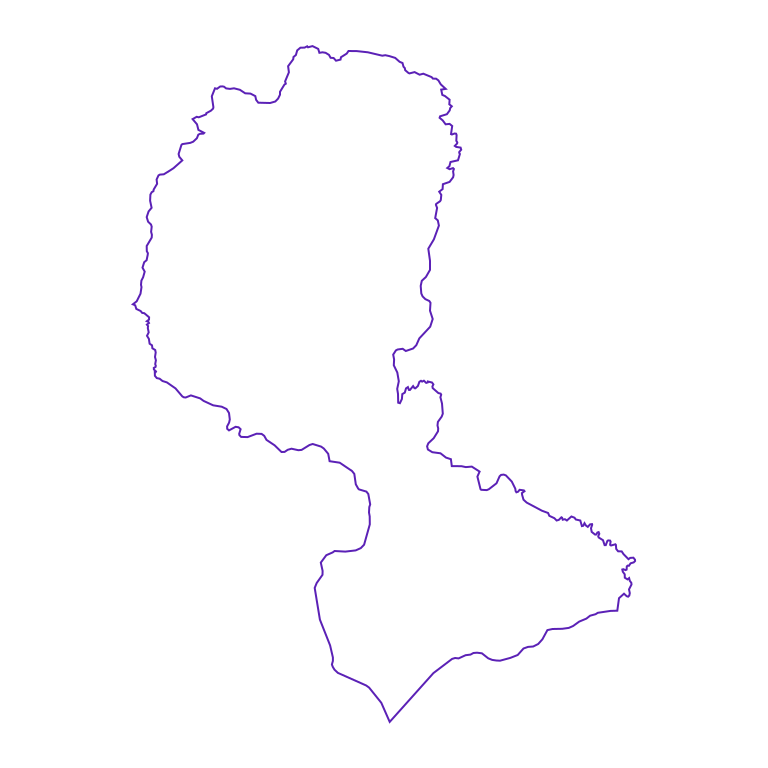 Same, Manufahi, East Timor (Mercator projection)
{"feature_id": "22284137B41872156490215", "entity_name": "Same", "entity_type": "district", "adm_level": 2, "iso_a3": "TLS", "parent_name": "East Timor", "parent_adm1": "Manufahi", "projection": "mercator", "projection_center": [125.715, -9.045], "detail": "fine", "context": "isolated", "style": "outline", "palette": "violet", "viewbox_px": 768, "rotation_deg": 0, "n_neighbors": 0, "source": "geoboundaries", "source_scale": "gbopen_adm2", "svg_char_len": 6058}
<svg xmlns="http://www.w3.org/2000/svg" viewBox="0 0 768 768"><path d="M429.3,301.0L425.3,299.1L422.6,296.4L421.3,293.5L420.7,285.9L421.8,280.8L425.9,277.0L430.0,269.9L430.0,260.8L428.3,248.7L433.9,239.3L438.9,225.6L437.8,220.4L435.2,218.1L437.1,207.9L435.9,204.8L436.2,203.9L440.1,201.2L440.8,200.0L441.3,194.9L439.2,191.7L442.6,189.1L442.9,184.2L449.6,181.9L453.1,177.3L453.6,175.0L453.1,171.4L453.9,169.0L453.0,168.1L449.6,169.2L447.3,168.0L449.4,166.2L450.5,162.0L458.0,160.3L459.9,154.0L459.2,152.8L459.3,151.9L461.2,149.7L460.6,147.6L456.2,146.9L454.8,145.9L457.1,143.5L457.3,142.4L456.3,140.8L456.6,135.1L456.1,133.7L454.6,133.5L451.9,134.5L451.0,134.1L452.2,126.0L449.6,123.9L445.6,124.3L442.7,120.4L439.6,117.8L440.1,116.3L446.9,114.2L449.7,110.4L450.2,108.1L451.8,106.3L449.3,104.3L449.6,99.7L444.9,96.0L442.3,94.9L441.2,89.6L445.7,88.9L440.8,84.4L438.4,80.4L436.1,78.7L432.9,78.6L431.6,77.1L423.3,73.7L419.6,74.7L414.6,72.1L409.5,73.4L408.5,73.0L405.2,70.2L404.8,68.1L403.5,66.7L402.5,63.0L399.6,61.8L395.2,57.9L389.4,56.1L385.3,55.2L382.3,55.7L367.9,52.3L356.8,51.1L348.5,51.0L346.7,53.6L341.0,57.2L340.5,59.6L336.0,60.7L333.6,58.0L330.6,57.8L329.0,54.9L325.6,52.8L322.5,52.3L319.4,52.8L318.2,48.9L312.5,46.1L308.0,47.3L307.2,46.3L304.6,47.6L300.4,47.7L297.2,50.4L295.9,55.0L293.5,57.0L293.2,59.3L288.1,66.2L288.9,72.3L285.1,81.4L285.8,83.7L284.4,84.6L280.0,91.8L280.0,94.7L278.1,98.6L275.3,101.5L270.1,103.0L258.3,102.7L256.1,99.8L255.3,96.1L250.5,93.6L245.2,93.3L239.9,89.8L234.0,88.3L230.0,88.9L226.1,88.4L224.0,86.7L222.5,86.4L220.2,86.5L217.0,88.8L215.0,88.3L211.8,96.3L213.4,107.2L213.1,108.6L210.9,110.7L206.3,113.2L206.1,114.4L198.8,117.3L196.7,116.8L192.6,119.1L197.0,124.3L198.4,129.9L204.2,132.9L203.5,133.6L200.0,133.8L198.3,134.7L196.9,138.2L193.2,141.7L190.2,142.9L182.3,144.1L181.4,145.0L178.6,154.0L179.3,156.8L182.3,160.4L173.5,168.2L169.8,170.6L163.8,174.3L159.9,174.6L158.5,175.4L156.6,179.5L157.1,183.8L153.7,189.5L153.4,191.2L151.7,192.2L150.4,194.6L150.1,200.7L151.6,207.8L148.6,211.4L146.7,217.1L148.1,221.7L151.0,224.5L151.7,226.7L151.1,231.8L151.9,234.8L151.7,237.6L146.7,246.0L146.8,251.2L147.9,253.2L147.7,254.9L146.6,260.2L144.2,262.2L142.5,267.7L144.7,271.6L143.1,277.3L141.4,280.6L141.0,284.8L141.5,287.1L140.5,293.7L136.7,301.3L132.9,304.3L135.2,305.3L136.3,308.9L140.6,311.0L142.2,312.9L144.3,313.2L149.1,317.3L149.0,319.6L146.9,321.2L148.3,321.8L149.0,323.0L146.9,324.6L148.1,326.1L147.8,328.0L148.7,332.4L147.0,335.8L148.9,338.9L149.6,343.7L152.0,345.3L152.4,348.3L155.2,350.0L155.7,352.5L155.0,357.0L155.9,360.3L155.2,364.1L155.8,365.8L155.5,367.0L153.8,367.9L153.9,369.5L156.0,371.5L155.6,372.2L154.8,372.1L154.9,375.8L156.8,378.1L159.6,378.7L162.5,381.0L166.9,382.4L175.5,388.4L182.3,396.4L183.8,397.3L185.7,397.5L190.9,395.4L200.2,398.4L203.6,400.9L213.1,405.3L221.7,406.7L226.5,409.0L229.0,413.0L229.8,419.5L229.1,422.6L227.1,426.4L227.2,428.8L229.0,430.4L235.6,426.8L238.6,427.3L240.6,429.2L239.2,433.8L239.4,435.1L241.1,436.9L247.6,437.1L256.6,433.7L261.6,433.9L264.2,435.8L266.5,439.9L274.6,445.3L281.5,452.0L284.6,451.9L287.7,449.8L291.5,448.7L298.3,450.2L301.6,449.9L309.5,445.0L312.7,444.0L321.1,446.6L323.8,448.5L328.2,453.8L329.6,461.2L339.7,462.7L352.0,471.0L354.3,473.9L355.8,484.3L358.2,488.6L359.0,489.4L366.4,491.6L368.3,494.0L370.2,504.4L369.3,507.0L369.0,512.5L369.7,516.4L369.8,524.4L364.1,544.7L360.8,548.1L355.7,550.4L345.3,551.6L334.6,551.0L332.7,552.4L326.3,555.2L320.8,562.6L322.6,570.9L322.5,574.8L316.7,583.0L314.7,587.9L319.9,619.6L330.1,645.4L332.9,657.5L332.9,660.9L331.9,664.5L332.8,666.9L334.5,669.7L337.9,672.9L366.2,685.5L369.1,687.6L381.3,702.8L389.7,721.9L433.4,673.1L452.1,658.9L455.1,658.0L458.6,658.4L465.6,655.2L470.5,654.6L473.4,653.0L477.0,652.7L481.9,653.3L488.2,658.3L492.2,659.9L496.3,660.5L500.0,660.7L510.3,657.9L517.7,655.0L523.5,648.5L528.0,646.9L533.2,646.5L538.2,644.0L542.4,639.3L547.4,630.1L552.5,629.0L562.2,628.8L568.8,627.9L573.1,626.0L579.2,621.6L586.4,618.6L590.1,615.7L595.6,614.2L597.8,612.8L610.6,610.9L617.3,610.7L619.0,598.2L624.0,593.7L626.7,596.2L628.1,596.7L629.3,595.5L629.8,593.1L629.0,589.4L631.5,584.5L631.3,582.8L629.8,580.8L629.1,578.1L627.5,579.4L624.8,577.7L624.7,574.3L622.8,571.7L622.3,569.5L623.3,569.2L625.6,570.1L626.6,569.6L626.8,566.4L627.7,565.6L628.9,565.8L630.6,563.3L633.7,562.4L635.1,561.0L635.0,559.7L633.4,557.7L630.2,557.9L628.5,559.2L623.5,554.1L621.7,551.4L618.1,551.3L616.2,548.9L615.9,544.9L615.4,544.3L611.0,545.5L610.1,544.8L610.6,541.6L610.1,540.6L608.2,540.4L607.4,540.9L605.8,545.1L604.6,545.1L603.0,540.2L598.7,537.5L598.2,536.2L599.3,533.8L598.6,532.1L597.4,532.5L596.2,534.5L595.1,534.6L591.7,531.9L591.0,528.2L592.2,524.8L592.0,524.1L590.0,524.4L587.8,526.9L585.9,525.5L584.5,523.2L583.2,525.8L581.9,526.1L580.3,520.5L575.8,519.5L574.5,517.7L571.4,516.5L566.9,520.5L564.9,519.2L562.7,519.7L562.1,517.7L561.4,517.3L558.8,519.9L556.6,520.5L554.4,518.2L549.3,515.8L548.1,513.0L541.9,510.7L526.7,502.6L523.5,499.7L522.1,494.8L521.9,493.1L524.5,491.2L523.9,490.4L519.6,489.8L518.1,491.7L516.4,492.3L515.6,491.0L515.3,488.7L511.8,481.6L505.9,475.4L503.7,474.6L501.1,474.9L499.6,476.3L496.5,483.3L488.9,489.2L486.8,490.1L481.2,489.8L480.5,489.1L477.4,476.6L479.6,471.6L471.8,466.6L465.8,467.1L461.5,466.2L451.8,466.1L450.9,459.2L446.0,457.6L440.5,453.3L432.3,452.2L427.9,449.5L427.1,446.3L428.3,443.3L433.7,438.2L438.0,431.3L438.2,428.4L437.5,425.5L437.9,421.9L441.7,416.6L442.8,413.7L442.0,403.5L440.4,397.2L441.2,394.7L440.6,393.6L438.4,393.1L432.7,388.1L432.4,386.4L433.4,384.4L432.0,382.5L427.9,381.5L427.8,382.4L426.2,382.9L423.9,380.7L422.1,381.6L421.0,380.8L419.4,381.8L417.9,386.0L415.4,388.3L414.5,388.2L413.1,386.1L409.9,390.0L408.9,389.9L407.9,387.1L406.0,388.4L404.8,392.6L402.3,394.1L401.9,399.0L399.9,403.2L398.2,402.7L398.0,393.9L397.2,388.9L398.8,381.3L397.3,372.5L393.8,365.3L394.1,359.5L393.2,354.6L395.9,350.4L397.6,349.5L402.7,348.8L405.8,351.0L413.1,348.5L416.3,345.2L419.3,338.4L430.2,326.7L432.7,319.0L430.0,310.7L430.5,302.8L429.3,301.0Z" fill="none" stroke="#5b21b6" stroke-width="2"/></svg>